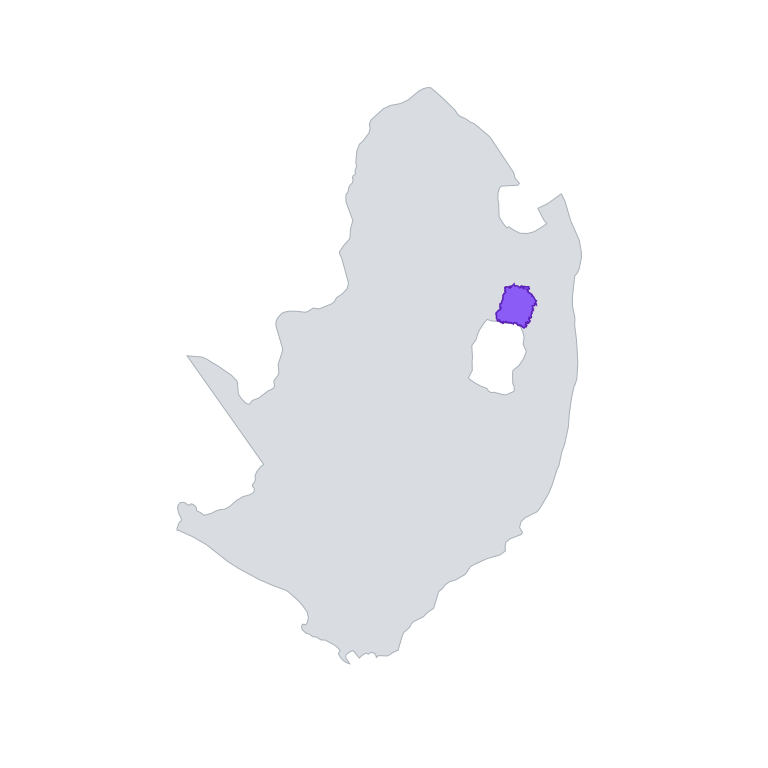 Uthukela, KwaZulu-Natal, South Africa (highlighted), rotated 326°
{"feature_id": "47623444B45932738864801", "entity_name": "Uthukela", "entity_type": "district", "adm_level": 2, "iso_a3": "ZAF", "parent_name": "South Africa", "parent_adm1": "KwaZulu-Natal", "projection": "robinson", "projection_center": [29.405, -28.737], "detail": "fine", "context": "in_parent", "style": "filled", "palette": "violet", "viewbox_px": 768, "rotation_deg": 326, "n_neighbors": 0, "source": "geoboundaries", "source_scale": "gbopen_adm2", "svg_char_len": 8346}
<svg xmlns="http://www.w3.org/2000/svg" viewBox="0 0 768 768"><g transform="rotate(326 384 384)"><path d="M521.1,157.8L537.7,155.4L545.2,156.7L554.2,160.6L562.6,162.0L576.9,160.6L581.8,161.2L585.7,162.5L588.5,164.6L592.6,179.9L596.0,196.4L595.9,201.6L596.4,203.7L600.4,210.6L601.9,215.0L604.3,218.5L609.4,236.0L610.0,239.1L609.7,281.5L607.7,286.6L608.5,293.2L606.2,294.1L592.0,285.6L589.6,285.9L585.6,289.1L581.9,294.1L580.1,298.3L573.0,309.7L572.5,317.0L573.0,323.2L575.4,323.4L577.1,327.9L580.9,335.0L587.4,339.6L593.5,341.7L601.9,342.2L608.6,342.0L608.2,337.2L609.8,324.4L620.9,326.0L637.4,325.5L636.2,333.9L630.1,352.9L626.2,374.4L621.2,385.2L618.4,389.6L610.4,397.5L606.2,400.1L602.7,401.0L589.0,417.0L583.9,424.7L579.3,435.9L574.8,442.1L568.2,455.2L556.7,474.6L547.0,487.3L542.6,491.0L539.7,492.7L532.0,500.1L521.2,512.0L513.0,522.5L500.6,534.5L493.5,539.7L482.8,550.0L479.8,551.5L467.8,561.1L459.2,566.9L445.2,573.6L439.6,575.5L426.3,573.8L420.7,574.7L416.1,578.8L415.8,584.6L413.8,585.5L401.6,582.8L396.5,583.3L393.6,586.4L391.3,590.3L384.3,590.5L371.8,586.4L357.1,584.0L353.7,583.7L346.6,586.7L344.1,587.2L333.8,586.5L328.0,584.6L322.5,584.6L318.3,586.2L313.2,586.7L299.7,597.7L292.6,597.7L286.4,599.0L275.5,597.5L272.3,598.2L269.1,600.1L261.7,601.0L258.9,602.6L246.7,612.6L241.5,611.6L235.0,611.5L227.5,606.1L224.7,606.5L225.4,604.9L225.6,602.0L222.9,599.1L220.0,599.3L218.4,596.9L214.0,596.7L210.3,597.4L209.4,588.1L207.6,587.2L203.2,587.0L201.0,587.3L200.0,588.2L199.0,590.3L199.2,596.8L197.6,594.9L195.7,591.0L195.0,586.9L195.4,582.0L198.7,580.2L197.5,574.0L192.0,563.3L188.7,561.0L186.1,555.5L183.5,553.6L182.3,549.7L179.8,546.6L178.8,541.8L180.0,539.0L182.1,537.5L184.3,539.9L187.0,539.0L190.7,535.5L192.8,530.1L192.6,521.6L191.9,516.3L188.4,502.5L186.8,499.4L179.6,489.5L171.2,476.4L160.3,455.6L155.0,443.1L146.9,417.9L140.0,403.7L131.7,390.3L130.6,389.5L131.8,387.9L136.0,384.8L137.9,384.0L139.0,384.3L139.9,383.5L140.9,381.4L141.4,376.7L143.3,371.8L145.0,369.7L148.8,368.3L151.7,370.1L152.9,371.9L153.5,374.3L154.8,375.5L156.9,375.4L158.3,376.9L159.2,379.9L159.1,382.1L158.0,383.5L158.2,385.3L159.8,387.5L161.5,392.4L169.3,394.9L173.7,395.2L177.9,396.5L181.8,398.7L188.2,399.2L197.1,398.1L204.5,398.6L210.3,400.7L214.5,401.1L217.0,399.8L218.1,397.8L217.7,395.3L219.0,393.7L221.8,393.0L224.1,391.1L225.8,387.9L229.8,385.4L236.1,383.4L239.3,383.5L236.5,250.5L248.0,259.7L250.7,263.9L256.5,276.4L262.5,291.7L263.6,299.1L263.4,300.7L257.7,310.8L257.6,315.8L258.4,321.6L259.8,324.5L261.5,325.5L265.6,324.0L271.8,325.6L283.7,324.9L289.6,325.7L291.1,325.2L292.4,324.0L293.9,320.5L295.3,319.3L300.7,317.8L303.2,315.8L307.0,308.8L318.6,299.6L319.9,297.4L327.0,275.2L329.2,272.0L332.4,269.9L338.9,268.2L342.7,269.1L346.9,271.1L351.5,274.3L358.6,280.3L360.9,281.3L367.9,281.5L372.2,285.5L385.2,288.2L388.9,288.0L392.9,285.9L399.6,286.0L406.7,284.4L411.0,280.5L419.2,256.3L420.1,250.9L421.0,249.5L427.8,246.7L436.1,244.6L437.8,243.5L442.9,236.7L449.6,231.1L454.3,211.7L457.3,207.1L459.2,205.2L460.5,205.2L462.2,204.0L464.4,201.6L467.1,200.1L470.2,199.6L472.2,198.0L473.1,195.4L474.7,194.1L477.0,194.2L478.3,193.4L478.6,191.6L483.7,187.5L483.8,185.8L486.7,181.7L492.3,175.2L497.7,171.5L502.7,170.8L512.0,167.5L515.3,164.4L517.4,160.1L521.1,157.8ZM506.0,444.2L514.2,440.9L520.2,436.6L521.6,428.7L526.2,423.8L527.9,419.3L529.2,413.1L526.5,406.6L522.7,404.7L515.8,399.0L512.8,395.2L508.6,392.0L505.7,388.2L500.9,389.4L493.6,392.5L489.0,395.4L485.2,398.7L478.3,401.2L471.9,411.9L469.8,414.3L464.8,422.1L457.5,426.0L457.4,427.3L459.8,433.7L463.2,440.1L466.8,445.2L466.7,448.4L467.9,450.9L471.0,452.7L476.4,459.1L479.1,461.2L487.2,462.7L488.4,462.3L490.6,458.5L490.9,455.8L496.3,447.4L498.6,444.8L506.0,444.2Z" fill="#d9dde1" stroke="#a8b0b8" stroke-width="1"/><path d="M537.6,372.3L537.6,373.6L536.5,373.9L536.0,374.9L536.4,375.3L536.3,375.9L534.4,376.5L534.2,376.1L532.9,376.7L532.1,377.0L532.0,377.7L531.3,378.4L530.7,378.8L530.7,379.2L530.4,379.4L529.9,380.7L528.7,380.6L528.2,381.2L527.6,381.6L527.0,381.9L527.1,382.5L526.1,383.0L525.5,382.8L525.2,382.8L524.8,382.5L524.2,383.6L523.1,385.0L523.8,385.9L523.2,386.9L522.7,386.8L522.5,386.3L522.2,386.8L521.3,387.6L520.2,386.9L516.4,387.9L516.0,388.7L516.1,389.0L515.8,389.1L515.6,389.3L515.5,389.6L515.4,390.0L515.5,390.1L515.4,390.5L515.2,390.8L515.0,391.0L514.9,391.2L514.6,391.4L514.4,391.8L514.2,392.0L514.0,392.3L514.1,392.6L513.9,394.1L513.6,394.2L513.3,395.0L513.5,395.2L513.8,395.2L513.9,394.9L514.3,394.6L514.5,394.7L514.6,394.8L514.6,395.0L514.8,395.0L515.1,395.2L515.5,395.5L515.4,395.6L515.2,395.8L515.4,395.9L515.6,396.0L515.4,396.3L515.2,396.3L514.8,396.5L515.1,396.8L515.3,396.7L515.3,396.9L515.5,397.0L515.5,397.3L515.6,397.6L515.5,397.8L515.8,398.0L515.7,398.1L515.3,398.2L515.3,398.3L515.6,398.6L515.8,398.5L516.0,398.6L515.9,398.9L516.0,399.0L516.4,399.4L516.4,399.5L516.4,399.8L516.4,400.0L516.5,400.0L516.8,400.3L516.9,400.2L517.0,399.9L517.3,399.8L517.4,399.6L517.6,399.6L517.5,399.4L517.6,399.2L517.8,399.0L518.1,399.3L518.1,399.5L518.4,399.9L518.4,400.0L518.5,400.2L519.0,400.4L519.4,400.4L519.6,400.4L519.5,400.5L519.4,400.5L519.6,400.7L519.5,400.8L519.5,401.0L519.8,401.0L520.1,401.0L520.3,401.2L520.3,401.4L520.5,401.5L520.9,401.9L521.1,402.0L521.0,402.3L521.0,402.6L521.3,402.8L521.4,402.7L521.5,402.7L521.6,402.8L521.9,402.9L521.9,403.0L522.0,403.2L522.1,403.4L522.3,403.4L522.7,403.4L522.9,403.8L523.1,403.9L523.4,403.9L523.5,404.0L523.8,404.3L523.8,404.6L523.7,404.7L523.8,404.8L523.7,405.0L523.8,405.1L524.1,405.1L524.3,405.4L524.3,405.5L524.2,405.6L524.4,405.9L524.6,406.0L525.0,406.3L525.0,406.6L525.3,406.4L525.5,406.3L525.7,406.2L525.8,406.1L526.1,406.0L526.7,406.1L526.8,406.2L526.9,406.4L527.2,406.8L527.2,407.0L527.3,407.0L527.6,407.2L527.6,407.3L527.8,407.4L527.8,407.5L528.0,407.6L527.9,407.7L528.2,408.0L528.1,408.3L528.0,408.5L527.9,408.7L527.8,408.9L527.9,409.2L527.9,409.3L527.9,409.6L527.8,410.1L528.0,410.3L528.2,410.6L528.4,410.7L528.5,410.7L528.9,410.6L529.1,410.7L529.5,410.8L529.8,411.0L529.9,411.3L529.7,411.6L530.0,411.7L530.1,411.9L530.3,412.4L530.2,412.5L530.1,412.4L530.1,412.7L530.3,412.7L530.6,412.8L530.7,413.1L530.8,413.2L530.7,413.3L530.6,413.5L530.7,413.8L530.7,414.0L530.8,414.1L530.7,414.3L530.7,414.5L530.8,414.6L531.0,414.8L531.1,415.2L531.2,415.5L531.3,415.8L531.6,415.9L532.0,415.9L532.8,415.6L533.1,415.1L533.3,415.3L533.8,416.0L534.4,415.5L535.0,415.5L535.0,414.1L534.7,413.8L535.5,412.9L536.0,412.3L536.6,413.0L537.4,412.6L537.7,412.5L537.8,412.6L537.5,412.7L537.2,412.8L537.1,413.1L536.8,413.2L536.8,413.4L536.6,413.6L536.6,413.9L537.0,413.9L537.3,414.1L537.9,414.1L538.1,414.0L538.3,414.1L538.3,414.3L538.5,414.2L538.8,414.0L540.4,413.6L540.4,412.1L540.8,411.3L540.7,411.2L539.7,411.5L540.4,410.8L541.2,410.3L541.4,410.5L541.7,410.1L541.8,411.2L542.7,411.3L543.5,411.2L543.9,410.5L544.1,409.9L544.6,409.2L544.9,408.7L545.2,408.4L545.7,407.7L546.4,408.1L546.8,406.9L547.5,406.4L548.8,406.6L548.8,405.5L549.9,405.3L549.5,404.3L550.2,403.7L550.6,402.1L552.6,403.2L552.7,402.6L553.3,402.5L553.7,401.8L554.1,402.6L554.6,402.6L554.7,403.3L555.0,402.7L555.1,402.0L554.9,401.4L556.8,400.2L556.2,399.9L556.4,398.9L556.4,397.7L556.4,397.3L556.7,396.5L556.6,394.7L556.6,393.6L556.2,393.6L556.3,393.5L556.3,393.4L556.2,393.2L556.1,392.9L556.3,392.7L556.4,392.3L556.6,392.2L556.5,391.8L556.2,391.6L556.1,391.4L556.1,391.1L556.1,390.9L555.9,390.7L555.5,390.5L555.5,390.4L555.7,390.2L555.5,389.9L555.2,389.6L555.3,388.5L555.1,388.5L555.0,388.4L554.8,388.0L554.8,387.9L554.8,387.6L555.1,387.5L555.6,387.0L555.2,385.3L557.3,386.5L557.4,386.4L557.5,386.3L557.8,386.3L557.9,386.2L557.9,385.6L558.4,384.3L557.0,383.4L556.4,383.1L554.6,381.4L553.5,383.0L553.3,382.4L553.0,382.4L553.2,382.1L553.0,381.2L553.4,381.1L553.4,380.6L552.7,380.2L552.9,379.6L552.4,379.5L552.2,379.5L551.9,379.6L551.9,379.8L551.0,380.4L550.3,380.1L550.4,379.9L550.2,379.9L550.3,379.6L550.1,379.0L550.0,378.2L549.1,376.9L547.7,376.3L547.3,375.8L547.6,375.1L547.3,374.6L547.7,373.8L545.6,374.3L544.9,374.1L544.4,374.2L544.0,374.7L543.8,374.9L543.6,374.7L543.5,374.9L543.4,374.9L543.0,374.7L543.0,374.9L542.7,374.9L542.3,374.9L541.7,374.6L542.2,374.1L541.7,374.2L541.5,373.4L542.0,373.2L540.8,372.9L540.0,372.2L540.0,371.9L539.6,371.7L538.7,371.6L538.3,371.5L538.3,371.8L538.0,371.8L537.8,372.0L537.6,372.3Z" fill="#8b5cf6" stroke="#5b21b6" stroke-width="1.5"/></g></svg>